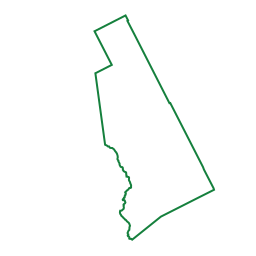 Lander, Nevada, United States of America, rotated 333°
{"feature_id": "52423323B98901658080705", "entity_name": "Lander", "entity_type": "district", "adm_level": 2, "iso_a3": "USA", "parent_name": "United States of America", "parent_adm1": "Nevada", "projection": "equal_earth", "projection_center": [-117.527, 40.047], "detail": "fine", "context": "isolated", "style": "outline", "palette": "green", "viewbox_px": 256, "rotation_deg": 333, "n_neighbors": 0, "source": "geoboundaries", "source_scale": "gbopen_adm2", "svg_char_len": 2358}
<svg xmlns="http://www.w3.org/2000/svg" viewBox="0 0 256 256"><g transform="rotate(333 128 128)"><path d="M176.9,26.6L142.1,26.6L142.2,64.4L123.8,64.4L119.5,76.7L100.0,132.5L100.2,132.8L100.8,133.5L101.3,134.2L101.8,135.4L102.7,135.8L102.9,137.3L103.5,137.9L104.2,138.3L105.0,138.8L105.3,139.6L105.7,140.4L105.9,140.9L105.9,141.5L106.0,142.4L106.1,143.1L106.3,144.0L106.5,144.5L106.4,145.3L106.5,146.1L106.3,146.9L106.2,147.8L105.9,148.5L105.7,149.3L104.8,150.4L104.4,151.2L104.5,152.0L104.7,152.6L104.3,153.2L104.3,154.8L104.4,155.7L104.1,156.3L103.8,156.9L103.8,157.7L103.8,158.4L103.8,159.1L104.0,159.4L104.5,160.0L104.9,160.1L105.2,160.4L105.3,160.9L105.1,161.6L104.8,162.3L104.4,163.0L104.6,163.5L104.5,164.3L104.8,164.9L105.2,165.6L105.9,166.2L106.1,166.7L106.0,167.2L105.7,167.6L105.6,168.3L105.1,169.0L105.2,169.7L104.8,170.2L104.6,170.6L105.0,170.9L105.3,171.2L106.0,171.7L106.3,171.9L106.4,172.6L106.3,173.0L105.8,173.7L105.4,174.4L105.2,174.9L105.1,175.5L105.2,175.9L105.2,176.7L105.2,177.5L104.9,178.2L104.9,178.9L104.9,179.3L104.8,180.2L104.6,180.8L104.2,181.3L104.0,182.0L103.7,182.4L103.2,182.6L102.2,182.1L101.5,182.2L101.0,182.5L100.6,182.9L99.5,183.1L98.4,183.2L97.6,183.8L96.9,183.7L96.5,183.9L96.2,184.2L96.2,184.6L96.3,185.1L96.2,185.7L95.7,186.0L95.2,186.3L95.2,186.6L94.9,186.9L94.5,186.9L94.0,187.2L93.7,188.1L93.2,188.5L92.6,188.4L92.2,188.9L91.6,189.0L90.9,189.3L90.7,189.6L90.7,190.0L90.9,190.2L91.4,190.3L91.9,190.5L92.2,191.1L92.0,191.8L92.0,192.4L91.8,193.3L91.1,193.7L90.4,193.9L89.6,194.0L89.1,194.4L89.1,195.1L88.6,195.5L88.5,196.1L88.4,196.6L88.1,197.1L87.7,197.7L87.3,198.1L86.6,198.2L85.9,198.4L84.9,198.7L83.7,198.4L83.5,198.2L83.1,198.5L82.9,198.9L82.3,199.9L82.1,201.4L82.3,202.1L82.2,203.2L82.6,204.1L82.9,205.0L83.2,206.3L83.7,207.3L83.7,208.1L84.5,209.3L84.6,210.5L85.0,211.4L85.6,212.7L85.7,213.8L85.5,215.1L85.4,216.0L84.8,216.6L84.3,217.0L83.7,218.1L82.9,219.4L82.0,219.6L80.7,220.7L80.0,221.3L79.7,222.4L80.0,222.9L79.7,223.4L79.4,223.8L78.9,223.9L78.9,224.5L79.4,224.8L79.6,225.7L79.4,226.4L79.1,226.7L78.9,227.1L79.3,227.5L79.5,227.8L79.8,227.8L80.1,227.9L80.4,228.1L80.7,228.4L80.7,228.6L80.9,229.2L81.0,229.4L117.1,221.9L158.2,222.0L176.6,222.1L176.9,220.5L176.8,199.5L177.1,196.9L177.0,124.9L176.2,124.7L176.2,49.1L176.1,32.3L176.9,32.2L176.9,26.6Z" fill="none" stroke="#15803d" stroke-width="2"/></g></svg>